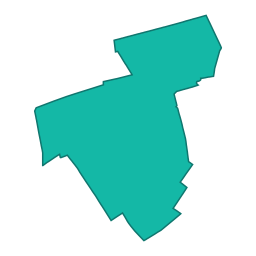 Amaru, Buzau, Romania
{"feature_id": "2599482B26041702067150", "entity_name": "Amaru", "entity_type": "district", "adm_level": 2, "iso_a3": "ROU", "parent_name": "Romania", "parent_adm1": "Buzau", "projection": "orthographic", "projection_center": [26.614, 44.929], "detail": "fine", "context": "isolated", "style": "filled", "palette": "teal", "viewbox_px": 256, "rotation_deg": 0, "n_neighbors": 0, "source": "geoboundaries", "source_scale": "gbopen_adm2", "svg_char_len": 5092}
<svg xmlns="http://www.w3.org/2000/svg" viewBox="0 0 256 256"><path d="M192.6,164.5L190.1,162.7L188.7,161.7L188.5,161.3L188.4,160.3L188.3,159.2L188.2,158.8L188.1,158.2L188.0,157.4L187.9,156.5L187.6,154.3L187.4,152.5L187.4,152.1L187.1,150.3L186.5,145.9L186.4,145.5L185.9,141.3L185.8,140.8L185.5,138.8L184.7,135.5L184.3,134.0L184.3,133.9L184.0,132.7L182.6,127.3L182.5,126.8L182.5,126.7L182.1,124.8L182.0,124.4L181.1,120.9L180.2,117.6L180.0,116.9L179.2,114.3L178.5,111.7L178.2,110.5L178.1,109.9L177.8,109.1L177.7,108.4L177.5,108.1L176.2,106.9L176.0,106.7L176.8,105.9L176.9,105.6L176.3,103.0L176.1,102.2L176.0,101.9L175.9,101.6L175.3,99.1L174.9,97.5L174.7,96.7L174.5,95.8L174.4,95.5L174.3,95.3L174.2,94.8L174.1,94.0L175.0,93.1L176.7,91.4L177.8,91.1L178.1,91.0L178.6,90.9L179.3,90.7L180.0,90.5L180.1,90.4L181.6,90.0L183.3,89.5L183.7,89.4L184.6,89.2L185.5,88.9L186.2,88.7L186.4,88.7L186.9,88.5L187.2,88.5L188.1,88.2L188.5,88.1L189.4,87.8L190.2,87.6L190.6,87.5L191.6,87.2L192.2,87.1L192.8,86.9L193.3,86.7L193.6,86.6L194.3,86.4L197.0,85.5L197.5,85.4L197.9,85.2L198.1,85.1L197.8,84.9L197.7,84.7L197.3,84.3L197.0,84.0L196.8,83.8L196.7,83.7L196.5,83.3L196.5,83.2L196.5,82.9L196.5,82.7L196.7,82.3L196.7,82.0L196.8,81.8L196.8,81.7L197.2,81.4L197.4,81.3L197.6,81.3L198.0,81.3L198.3,81.2L198.6,81.2L199.0,81.1L199.3,80.9L199.6,80.7L199.9,80.5L200.1,80.4L200.3,80.2L200.6,79.9L200.7,79.6L200.8,79.2L200.8,78.8L200.7,78.3L202.4,78.2L203.1,78.1L205.4,77.7L206.7,77.4L208.7,77.0L209.3,77.0L212.2,76.5L212.8,76.4L213.3,76.4L213.5,76.3L213.6,76.2L213.6,75.9L213.7,75.3L213.8,74.6L214.0,73.5L214.1,72.8L214.2,72.2L214.3,71.5L214.4,70.8L214.5,70.0L214.5,69.6L214.6,69.1L214.7,68.5L214.8,67.9L214.9,67.7L219.5,51.4L219.7,50.7L219.9,50.4L220.5,49.6L221.2,48.2L221.3,47.7L220.3,45.3L216.1,36.5L209.8,23.1L209.0,21.5L206.1,15.4L205.8,15.5L205.3,15.6L202.9,16.3L201.1,16.8L200.6,17.0L200.1,17.1L199.1,17.4L198.3,17.6L196.7,18.1L196.4,18.1L196.1,18.2L195.8,18.3L195.6,18.4L195.3,18.5L195.0,18.5L194.5,18.7L194.2,18.7L193.9,18.8L192.8,19.1L192.7,19.2L192.4,19.2L192.2,19.3L191.9,19.4L191.7,19.5L191.3,19.6L191.2,19.6L190.7,19.7L190.5,19.8L190.2,19.9L186.0,21.0L182.9,22.0L178.6,23.2L174.6,24.3L170.5,25.4L164.3,27.1L164.1,27.1L163.8,27.2L163.7,27.2L163.2,27.3L162.9,27.4L162.7,27.5L162.1,27.6L161.9,27.7L161.7,27.8L161.2,27.9L160.8,28.0L160.5,28.1L160.4,28.1L160.0,28.2L159.9,28.2L159.7,28.3L159.1,28.4L158.9,28.5L158.6,28.6L158.4,28.6L158.2,28.7L157.9,28.8L157.6,28.8L157.3,28.9L157.2,28.9L157.1,29.0L156.8,29.0L156.7,29.1L156.3,29.2L156.0,29.3L155.9,29.3L155.7,29.3L155.3,29.4L155.2,29.5L154.9,29.6L154.6,29.6L154.3,29.7L154.1,29.8L153.8,29.8L153.6,29.9L153.4,30.0L152.9,30.1L152.6,30.2L152.4,30.2L152.1,30.3L151.9,30.4L151.5,30.5L151.3,30.5L150.5,30.7L150.3,30.8L150.0,30.9L149.6,31.0L149.4,31.0L149.2,31.1L148.8,31.2L148.4,31.3L147.9,31.4L147.5,31.5L147.3,31.6L147.2,31.6L144.3,32.3L142.8,32.8L142.1,32.9L141.7,33.0L141.0,33.2L140.5,33.3L140.1,33.5L139.6,33.6L139.1,33.7L138.7,33.8L138.3,33.9L137.8,34.0L135.3,34.7L133.7,35.1L132.5,35.5L132.3,35.5L131.4,35.7L130.4,36.0L130.1,36.1L129.2,36.3L127.9,36.6L127.5,36.7L127.4,36.8L126.5,37.0L126.1,37.1L125.7,37.2L125.3,37.3L124.7,37.5L122.2,38.2L121.9,38.2L121.7,38.3L121.2,38.4L120.9,38.5L120.4,38.7L120.2,38.7L120.1,38.8L119.5,38.9L115.1,40.0L114.1,40.3L115.5,51.9L117.7,51.4L119.3,54.0L120.5,55.9L121.3,57.2L121.6,57.7L121.9,58.2L122.1,58.6L122.8,59.7L123.4,60.8L123.8,61.4L124.0,61.7L125.1,63.5L125.7,64.4L126.2,65.1L126.5,65.5L126.8,66.0L127.1,66.6L127.4,67.1L127.7,67.5L128.2,68.4L128.7,69.2L129.1,69.8L129.7,70.8L131.8,74.2L132.1,74.8L122.4,77.3L116.8,78.7L114.8,79.1L103.5,81.6L103.4,81.6L103.3,83.1L103.4,84.8L91.5,88.6L77.5,93.0L76.3,93.4L75.9,93.5L66.4,96.6L63.9,97.5L60.3,98.8L56.7,100.1L53.9,101.1L47.8,103.4L36.2,107.8L35.9,108.4L34.7,111.0L34.8,111.6L35.5,115.0L36.0,117.3L36.0,117.7L36.6,120.4L36.7,120.9L36.8,121.6L37.1,123.2L38.3,129.9L39.0,133.7L40.3,140.2L41.4,146.2L42.2,149.9L42.7,152.9L42.7,158.7L42.7,159.7L42.7,164.1L42.7,165.4L42.8,165.4L42.9,165.5L44.0,164.7L47.2,162.3L48.3,161.7L51.3,159.7L54.8,157.3L58.7,154.8L59.6,154.3L59.8,155.3L60.1,156.5L60.2,157.1L60.3,157.4L60.5,157.6L60.8,157.6L61.1,157.5L61.6,157.4L61.9,157.2L62.9,156.9L63.4,156.7L64.2,156.4L65.1,156.1L65.7,155.8L66.3,155.6L67.3,155.2L70.6,159.5L71.8,160.9L73.0,162.5L75.3,165.4L76.5,167.0L77.1,167.7L77.4,168.2L78.0,169.1L78.3,169.6L78.7,170.3L79.8,172.2L81.7,175.1L83.1,177.2L85.7,181.2L90.1,187.7L92.7,191.7L94.1,193.7L95.7,196.0L98.6,200.8L101.2,204.9L102.3,206.5L103.3,208.1L109.1,217.3L111.1,220.5L114.1,218.5L117.4,216.3L121.3,213.8L122.5,213.0L124.5,216.2L127.2,220.9L127.2,221.0L127.3,221.2L127.6,221.5L127.9,222.1L128.8,223.4L129.4,224.2L130.6,225.8L130.8,226.1L131.8,227.3L134.7,230.9L139.6,236.1L143.4,240.1L143.9,240.6L145.9,239.5L146.6,239.0L149.3,237.4L152.4,235.5L154.7,234.1L157.6,232.2L160.9,230.3L173.7,219.7L179.2,215.1L180.7,213.8L180.8,213.7L176.9,210.9L173.1,208.4L182.4,194.4L182.5,194.3L183.8,192.3L186.9,187.5L180.2,182.2L183.3,177.8L186.1,173.7L189.1,169.5L189.9,168.4L192.2,165.1L192.6,164.5Z" fill="#14b8a6" stroke="#0f766e" stroke-width="1.5"/></svg>